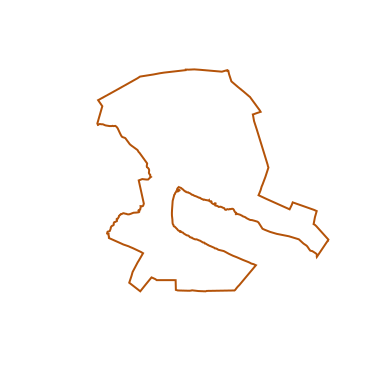 Balvi, Balvu, Latvia (orthographic projection), rotated 229°
{"feature_id": "27541924B17148947944972", "entity_name": "Balvi", "entity_type": "district", "adm_level": 2, "iso_a3": "LVA", "parent_name": "Latvia", "parent_adm1": "Balvu", "projection": "orthographic", "projection_center": [27.257, 57.133], "detail": "fine", "context": "isolated", "style": "outline", "palette": "amber", "viewbox_px": 384, "rotation_deg": 229, "n_neighbors": 0, "source": "geoboundaries", "source_scale": "gbopen_adm2", "svg_char_len": 5991}
<svg xmlns="http://www.w3.org/2000/svg" viewBox="0 0 384 384"><g transform="rotate(229 192 192)"><path d="M61.1,243.6L65.8,261.0L65.9,262.4L66.2,262.4L66.6,263.7L84.6,263.4L86.6,263.2L88.0,262.7L88.5,263.4L92.3,268.2L95.8,273.6L98.4,272.4L118.1,261.2L116.8,258.8L114.9,254.3L138.0,243.6L145.9,240.1L147.2,242.7L147.8,243.9L148.4,245.0L150.4,248.1L151.3,250.0L155.3,257.4L160.3,265.7L160.9,266.0L161.3,266.1L161.8,266.3L162.8,266.9L196.9,282.0L204.9,285.4L210.2,288.6L210.6,288.8L210.3,289.4L209.1,292.5L207.5,296.4L209.2,296.7L225.9,298.1L226.6,297.9L234.1,296.8L240.9,295.6L249.6,294.3L256.7,297.3L259.6,298.9L260.1,298.1L260.8,298.5L261.1,298.0L263.2,293.5L278.9,278.3L282.9,274.3L283.8,273.2L286.4,269.9L288.5,267.6L288.1,267.2L300.4,249.3L302.8,245.5L306.0,240.0L313.2,228.5L313.6,225.5L319.4,197.6L322.9,181.4L315.6,180.6L305.8,165.5L304.3,165.0L304.2,165.2L304.2,166.0L304.1,166.4L303.9,166.8L303.7,167.1L302.4,168.2L301.7,169.0L301.3,169.3L299.6,170.1L298.9,170.5L296.0,172.9L294.8,174.2L294.3,174.9L294.1,175.4L294.0,175.5L293.6,175.7L293.3,175.9L292.2,177.5L290.9,177.8L289.9,177.8L288.8,177.7L283.6,176.2L281.7,175.7L280.0,175.4L279.2,175.5L278.5,175.9L277.1,176.7L276.7,176.9L276.2,177.0L268.9,176.4L266.9,176.7L259.5,178.4L258.8,178.3L257.4,178.0L256.8,178.0L256.2,178.1L243.0,176.9L241.3,174.9L240.3,174.3L239.1,174.6L237.7,174.5L236.6,174.0L235.6,173.0L234.8,172.1L234.2,171.8L233.0,171.6L232.6,171.8L232.1,171.6L231.6,171.0L231.3,170.8L230.8,170.8L230.3,170.9L230.4,169.9L230.2,167.1L231.6,165.5L234.4,162.9L235.7,159.4L214.8,148.0L214.3,147.2L213.7,146.1L213.7,145.5L214.0,144.9L214.6,144.5L215.1,143.9L214.5,143.5L213.7,142.8L213.5,142.1L212.7,141.4L212.7,140.8L212.7,140.6L212.9,140.3L213.3,139.9L213.2,139.5L212.6,139.3L211.7,139.3L211.6,139.1L211.6,138.7L211.7,138.4L212.0,138.0L212.7,136.9L213.3,136.1L214.7,134.3L215.3,132.7L215.7,131.5L216.5,129.7L217.6,128.6L218.6,128.1L219.4,127.4L220.1,127.0L220.7,126.5L221.1,126.2L221.5,124.5L222.0,124.0L222.0,123.9L221.9,123.5L221.8,123.2L222.0,122.7L221.8,122.3L221.9,121.3L221.8,121.1L221.6,120.8L221.3,120.5L221.2,120.4L221.1,120.2L220.9,119.4L220.6,118.7L220.6,118.4L220.6,118.1L221.0,117.8L221.0,117.6L221.0,117.4L220.8,117.2L220.2,117.1L219.8,116.6L219.4,116.4L219.3,116.1L219.4,115.9L219.6,115.4L219.7,114.9L219.7,114.5L220.0,114.1L220.1,113.8L220.2,113.6L220.1,113.4L220.0,113.0L219.9,112.6L219.7,112.4L219.4,112.1L218.6,111.4L218.6,110.3L218.9,109.5L218.9,108.4L218.3,107.2L217.7,106.6L216.6,104.5L216.5,104.2L216.8,103.4L217.2,102.8L217.3,102.6L217.3,102.3L217.3,102.0L217.2,101.7L216.8,101.4L216.4,100.7L216.1,100.7L215.9,100.9L215.5,101.4L215.2,101.6L214.5,100.9L214.0,100.8L213.8,100.4L213.4,100.2L213.1,100.1L212.6,100.0L212.4,99.8L212.1,99.3L211.8,99.1L199.1,105.0L197.5,105.7L192.5,108.6L191.3,109.1L188.7,110.4L180.3,114.1L177.9,114.9L175.0,106.4L174.6,105.0L170.6,94.7L168.3,91.2L164.7,85.1L151.0,87.8L152.6,96.6L154.1,105.4L152.9,106.0L150.2,107.2L148.7,107.5L136.2,121.8L128.7,115.6L127.0,116.7L119.2,125.2L118.5,126.2L118.1,126.8L117.8,127.5L113.0,131.9L108.1,137.1L107.7,138.2L89.8,159.5L89.8,160.5L90.3,162.9L90.6,164.9L90.7,166.5L94.8,192.2L97.2,191.1L99.1,189.8L100.8,189.2L102.5,188.4L107.3,185.9L113.4,183.0L117.0,181.1L121.1,179.3L126.2,177.4L126.9,177.0L130.8,174.2L131.6,173.8L132.6,173.6L133.0,173.3L133.8,173.0L134.4,172.3L135.3,172.2L139.3,170.3L139.9,169.9L140.3,169.8L141.1,169.4L141.5,169.4L141.9,169.1L143.4,168.7L144.3,168.3L144.7,167.9L145.6,168.1L145.9,167.9L146.6,167.2L149.1,166.4L149.8,166.2L151.0,165.5L152.9,164.6L153.4,164.3L153.7,163.9L153.9,163.6L154.7,163.0L157.1,161.9L157.5,162.0L158.1,161.5L158.7,161.3L159.1,160.9L159.4,160.8L160.0,160.8L160.7,160.8L161.9,160.4L162.0,160.2L162.8,159.6L166.3,158.5L167.1,158.6L168.0,158.1L168.5,157.9L169.0,157.7L169.1,157.4L169.4,157.1L169.6,157.4L169.7,157.6L170.0,157.7L170.3,157.5L170.1,157.1L172.1,156.4L173.0,156.4L173.8,156.5L174.2,156.4L176.4,156.3L177.2,156.2L177.8,155.9L178.1,155.8L178.7,156.0L179.4,156.4L179.9,156.4L180.7,156.6L182.0,157.5L183.9,159.0L187.5,161.5L189.4,163.1L191.6,165.2L196.5,170.1L198.0,171.6L200.9,175.9L201.5,176.7L201.6,177.5L201.8,177.8L202.3,178.8L202.4,179.6L202.9,180.7L202.6,181.1L202.2,181.3L201.9,181.4L201.6,182.0L201.6,182.8L201.5,183.2L201.4,183.7L201.5,183.8L201.9,183.7L202.3,183.4L202.5,182.5L203.2,182.2L203.8,182.4L204.1,183.0L204.4,184.1L204.4,185.3L203.9,185.4L202.8,186.1L201.9,186.5L201.3,186.5L199.6,186.9L198.6,186.9L197.6,187.1L197.0,187.2L196.6,187.6L196.2,187.5L195.7,187.6L194.7,188.3L194.4,188.8L194.1,188.9L193.9,188.8L193.2,189.2L192.4,189.6L191.2,189.9L190.2,190.1L189.7,190.3L189.4,190.7L188.9,190.9L188.2,191.1L187.6,191.3L186.3,192.1L185.1,192.7L183.2,193.5L182.7,193.8L182.6,194.1L182.1,194.3L181.8,194.4L180.6,194.6L179.2,195.5L178.9,195.4L178.6,195.5L178.3,196.1L178.1,196.4L177.5,196.7L176.7,197.3L175.5,198.3L174.7,198.8L174.7,199.5L174.3,199.3L173.8,199.2L173.1,199.4L172.6,200.3L172.1,200.4L171.9,199.9L171.5,199.7L170.7,199.7L169.4,200.0L168.6,200.3L168.0,200.9L168.4,202.0L168.1,202.2L167.9,202.3L167.6,201.9L167.7,201.6L167.3,201.0L167.1,201.0L166.7,200.7L166.1,201.0L165.1,201.8L164.4,202.1L163.7,202.3L163.2,202.4L163.0,202.8L162.5,203.3L162.1,204.0L160.8,204.6L160.6,204.8L160.0,204.9L159.1,205.5L158.5,205.7L157.8,205.5L157.1,205.4L156.5,205.7L156.1,206.2L156.1,206.8L155.8,207.5L154.7,208.3L154.3,209.5L153.8,209.8L153.1,211.2L152.7,211.6L152.4,211.8L152.0,211.9L151.3,211.9L150.8,211.8L149.4,211.4L148.6,211.3L148.1,211.4L147.4,211.7L146.6,210.6L146.4,210.6L146.0,211.5L145.0,212.3L143.3,213.4L142.7,213.6L141.4,214.2L140.5,214.3L139.6,214.9L139.0,215.1L138.6,215.4L137.6,215.8L136.7,215.9L134.0,217.0L132.9,217.5L132.5,217.8L131.5,218.8L129.4,220.2L126.9,221.8L126.4,222.0L125.3,222.2L118.0,221.1L115.6,222.2L110.6,224.8L104.8,228.5L95.0,236.1L86.2,241.6L80.0,242.3L76.6,243.2L75.8,243.3L74.2,243.2L72.1,242.9L70.2,242.8L69.2,243.4L68.5,244.0L64.8,245.1L63.6,245.3L62.9,245.2L61.3,243.7L61.1,243.6Z" fill="none" stroke="#b45309" stroke-width="2"/></g></svg>